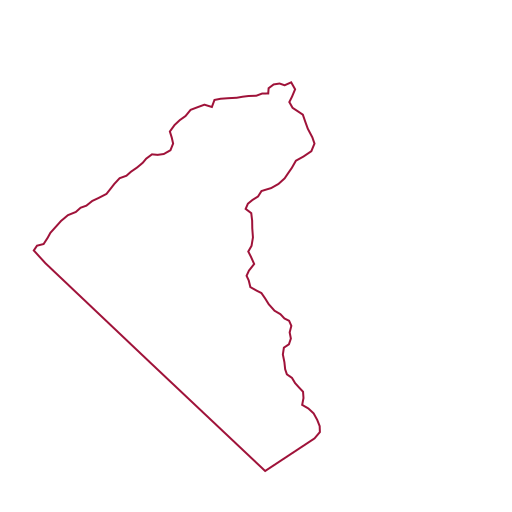 Novo Alegre, Tocantins, Brazil, rotated 43°
{"feature_id": "56859067B17905501648967", "entity_name": "Novo Alegre", "entity_type": "district", "adm_level": 2, "iso_a3": "BRA", "parent_name": "Brazil", "parent_adm1": "Tocantins", "projection": "albers", "projection_center": [-46.567, -12.888], "detail": "fine", "context": "isolated", "style": "outline", "palette": "rose", "viewbox_px": 512, "rotation_deg": 43, "n_neighbors": 0, "source": "geoboundaries", "source_scale": "gbopen_adm2", "svg_char_len": 1580}
<svg xmlns="http://www.w3.org/2000/svg" viewBox="0 0 512 512"><g transform="rotate(43 256 256)"><path d="M89.7,403.5L106.8,404.9L239.1,406.0L252.0,406.1L409.3,407.0L423.2,349.5L422.8,341.2L418.6,337.0L412.5,334.1L405.5,331.8L398.3,331.8L391.3,333.4L387.6,327.5L383.0,323.2L377.0,322.8L371.3,322.3L365.4,320.6L359.3,321.5L354.5,318.9L349.2,314.3L342.8,309.7L338.9,304.0L340.3,298.1L337.8,292.6L332.7,288.9L329.5,283.0L324.4,280.8L319.4,282.3L313.6,281.9L306.9,283.4L298.2,282.6L291.6,280.8L285.2,279.4L280.1,280.9L273.1,282.6L267.3,278.8L262.6,276.9L260.8,271.5L260.1,263.1L252.8,260.0L247.3,258.0L245.8,251.6L241.1,244.5L234.4,238.3L229.1,232.8L223.3,227.9L216.3,228.6L214.4,223.3L215.2,217.4L216.9,211.1L215.7,204.7L220.8,195.9L223.3,187.9L224.0,179.7L223.0,173.3L222.1,167.1L220.2,159.1L222.9,150.8L225.0,141.6L222.1,133.9L216.3,130.8L207.1,127.6L199.9,123.9L193.9,120.7L188.2,121.6L181.7,122.7L175.4,120.7L173.6,114.7L170.9,107.4L163.3,105.0L160.5,111.6L155.6,113.8L151.9,118.5L150.8,124.7L154.1,128.8L149.7,133.0L146.9,138.6L141.4,144.1L137.7,148.5L134.0,153.4L128.2,159.4L122.9,165.1L119.2,170.2L122.1,177.1L115.1,180.5L111.8,187.0L108.5,193.7L109.0,201.7L107.6,208.5L107.1,215.7L108.1,223.7L113.7,226.9L118.7,230.3L121.3,237.0L119.0,244.3L115.1,249.1L110.6,252.6L109.3,259.7L109.6,264.9L108.7,272.3L107.1,279.5L106.5,285.7L103.2,292.1L103.2,299.8L103.7,305.2L104.3,312.6L101.2,321.2L98.7,327.4L97.6,334.9L94.8,340.3L94.2,346.7L90.6,354.4L89.5,363.3L89.7,372.6L89.8,379.2L91.2,384.7L92.5,392.1L88.8,397.8L89.7,403.5Z" fill="none" stroke="#9f1239" stroke-width="2"/></g></svg>